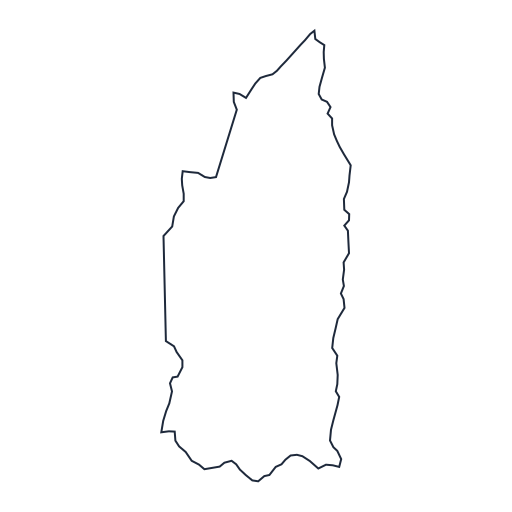 outline of Aragoiânia, Goiás, Brazil
{"feature_id": "56859067B44164083343773", "entity_name": "Aragoiânia", "entity_type": "district", "adm_level": 2, "iso_a3": "BRA", "parent_name": "Brazil", "parent_adm1": "Goiás", "projection": "equal_earth", "projection_center": [-49.411, -16.939], "detail": "fine", "context": "isolated", "style": "outline", "palette": "slate", "viewbox_px": 512, "rotation_deg": 0, "n_neighbors": 0, "source": "geoboundaries", "source_scale": "gbopen_adm2", "svg_char_len": 1660}
<svg xmlns="http://www.w3.org/2000/svg" viewBox="0 0 512 512"><path d="M233.5,92.6L233.8,101.9L236.8,109.7L216.0,177.1L210.2,178.0L204.8,177.0L198.1,172.9L189.7,172.1L182.7,171.2L181.8,178.8L182.2,185.3L183.7,193.8L183.7,201.2L178.2,207.8L173.9,216.4L172.2,226.5L163.5,236.0L165.9,341.1L174.0,346.3L176.6,352.0L182.4,360.3L182.4,367.2L177.6,376.6L172.7,377.4L170.0,383.3L172.0,391.4L169.3,403.4L166.2,411.0L163.2,420.9L161.3,432.3L168.8,431.3L174.7,431.6L175.4,440.7L179.1,446.4L185.7,452.0L191.7,460.8L199.0,464.6L204.4,469.2L219.7,466.6L224.4,462.7L231.6,460.8L236.2,464.3L239.9,469.6L245.7,475.0L252.3,480.4L258.2,481.3L264.3,476.1L269.4,475.0L275.7,466.9L281.5,464.3L285.4,459.7L290.6,455.5L296.9,454.8L302.4,456.2L309.8,461.0L318.3,468.5L326.0,464.7L332.8,465.3L339.2,466.9L341.2,459.1L337.3,450.9L333.4,447.2L330.0,440.5L331.0,429.7L333.3,420.5L337.5,405.2L339.2,396.9L335.8,391.3L337.3,384.2L337.7,375.0L336.3,363.2L337.3,355.7L332.2,348.0L333.3,338.0L335.5,328.8L337.7,319.1L344.5,307.9L343.6,299.1L340.9,293.5L343.9,286.0L342.8,279.5L344.1,269.7L343.6,262.4L349.0,253.2L348.4,241.5L347.9,230.7L344.3,225.6L349.0,220.3L349.2,214.1L344.3,209.8L343.9,199.0L347.0,191.8L349.0,182.3L349.5,175.5L350.7,165.3L343.9,154.2L339.7,146.9L336.8,140.8L334.1,134.3L332.1,125.3L332.1,118.5L327.6,113.6L330.5,107.1L327.0,101.8L321.7,99.5L318.7,94.0L319.5,86.8L322.0,77.7L324.9,67.7L323.9,58.9L323.7,52.1L324.3,45.1L319.7,42.2L315.3,39.0L314.4,30.7L310.2,34.0L304.9,40.3L300.5,44.9L293.5,52.7L286.4,60.6L280.8,66.4L276.9,70.8L272.5,74.3L266.0,76.0L260.3,77.9L255.3,83.5L251.6,89.1L246.0,97.9L239.6,94.0L233.5,92.6Z" fill="none" stroke="#1e293b" stroke-width="2"/></svg>